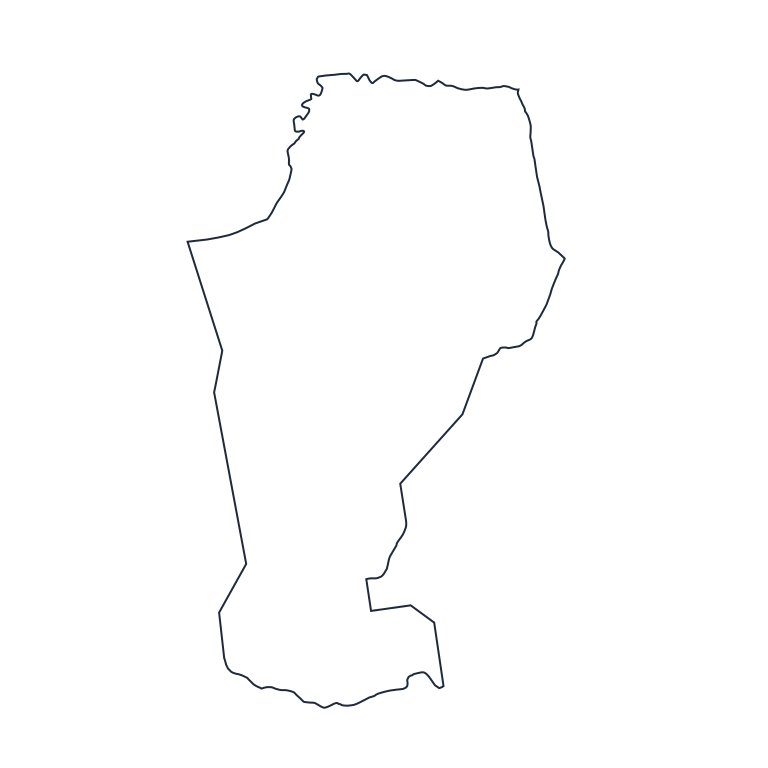 the district of San Jose, La Paz, Honduras, rotated 82°
{"feature_id": "27666195B94160628539031", "entity_name": "San Jose", "entity_type": "district", "adm_level": 2, "iso_a3": "HND", "parent_name": "Honduras", "parent_adm1": "La Paz", "projection": "albers", "projection_center": [-87.966, 14.235], "detail": "fine", "context": "isolated", "style": "outline", "palette": "slate", "viewbox_px": 768, "rotation_deg": 82, "n_neighbors": 0, "source": "geoboundaries", "source_scale": "gbopen_adm2", "svg_char_len": 6011}
<svg xmlns="http://www.w3.org/2000/svg" viewBox="0 0 768 768"><g transform="rotate(82 384 384)"><path d="M91.2,288.2L92.3,289.9L93.5,291.9L94.3,293.5L95.3,295.8L95.4,296.6L95.2,298.3L94.7,300.1L94.3,301.0L93.8,301.6L92.5,302.8L91.8,303.7L89.0,307.8L87.3,310.5L87.2,310.9L86.8,314.9L85.9,326.3L85.7,327.8L85.3,329.3L84.8,330.6L84.2,331.7L82.3,334.0L80.6,336.7L79.6,338.6L79.0,340.2L78.9,341.1L78.9,342.1L79.0,342.8L79.2,343.7L80.5,346.4L82.5,350.2L83.1,351.2L84.2,352.7L84.4,353.3L84.4,353.6L84.2,354.0L83.7,354.6L82.6,355.3L81.5,355.9L80.3,356.4L77.6,357.2L75.6,358.0L74.8,360.9L74.8,361.2L75.8,362.7L77.9,365.1L80.1,367.2L80.3,367.7L80.4,368.2L80.3,368.6L80.0,369.0L75.8,371.8L72.8,374.0L72.0,374.9L71.7,375.5L71.6,376.2L71.7,377.6L71.0,383.4L70.9,389.7L70.4,398.8L70.4,404.7L70.4,405.9L70.5,406.4L70.9,406.9L71.7,407.4L72.7,408.2L74.2,408.2L75.7,408.0L76.8,407.7L77.4,407.4L78.1,406.8L79.2,405.6L80.2,404.8L81.4,404.0L82.3,403.7L82.7,403.8L83.3,404.0L85.2,404.8L86.9,405.7L88.4,406.7L88.8,407.1L89.1,407.6L89.3,408.2L89.3,408.8L89.1,409.5L87.5,412.4L86.8,414.1L86.6,415.0L86.7,415.6L86.8,415.8L87.1,416.1L87.6,416.2L89.3,416.3L91.2,416.3L91.4,416.3L91.7,416.4L92.4,418.2L93.0,421.3L93.7,423.0L94.3,424.3L94.9,425.3L95.6,426.0L96.1,426.3L96.6,426.4L97.1,426.3L97.6,426.0L98.0,425.6L98.9,424.1L99.7,422.1L100.2,421.1L100.6,420.4L100.9,420.1L101.2,419.9L101.7,419.8L102.2,419.9L103.6,420.2L104.9,421.1L107.2,423.2L110.1,426.0L110.5,426.6L110.8,427.3L110.8,427.6L110.6,427.9L108.4,429.1L107.5,429.7L107.2,430.1L107.1,430.8L107.0,431.5L107.2,432.3L107.4,433.3L107.8,434.3L108.2,435.0L108.7,435.7L109.1,436.2L109.7,436.6L110.6,436.8L111.6,436.9L114.4,436.8L120.1,437.0L120.9,436.9L121.1,436.8L121.5,436.4L121.8,435.8L122.0,434.9L122.2,434.0L122.2,432.8L121.8,430.7L121.9,429.2L122.1,428.6L122.4,428.2L122.8,428.0L123.3,428.1L123.9,428.5L126.5,431.9L127.3,432.9L127.9,433.5L129.0,434.1L129.5,434.5L130.5,436.3L131.1,437.2L132.1,438.2L133.3,439.3L134.4,441.5L135.5,443.3L137.6,445.8L138.7,446.7L139.4,447.0L139.9,447.1L141.8,447.1L145.6,446.8L147.8,446.8L149.1,446.9L151.7,447.4L153.1,447.5L153.5,447.5L154.0,447.3L154.9,446.6L155.7,446.2L157.3,445.8L158.2,445.6L160.8,446.4L167.8,449.1L169.2,449.8L173.9,452.7L178.5,455.3L180.1,456.2L184.3,459.8L188.5,463.8L190.1,465.2L191.6,466.3L195.7,469.1L198.7,471.3L201.6,473.8L204.6,476.6L207.1,489.3L210.5,499.0L213.3,508.4L215.0,516.8L215.9,528.3L216.3,539.3L215.9,554.1L215.8,558.7L328.5,539.5L363.1,551.4L368.6,553.4L543.0,545.5L587.4,579.1L633.3,580.4L635.0,580.0L640.0,579.4L644.0,578.1L647.6,575.5L649.1,573.5L650.5,570.4L651.2,568.3L652.9,564.9L656.0,560.3L657.7,559.2L660.6,557.0L663.1,555.1L665.0,553.0L666.3,551.1L667.6,548.9L668.6,547.6L668.1,545.0L667.9,542.6L668.0,541.1L668.6,537.6L669.0,536.7L670.6,534.0L672.3,530.0L672.9,527.9L673.3,525.1L673.6,523.5L674.5,520.8L675.6,518.3L676.6,516.4L677.1,515.8L679.8,513.9L683.4,510.9L686.2,508.8L687.5,507.7L687.9,506.7L688.4,504.9L689.2,501.6L689.7,498.6L690.1,497.3L690.6,496.4L691.2,495.6L693.9,492.2L695.6,489.9L696.0,489.0L696.2,488.2L696.3,487.4L696.0,485.4L695.2,482.4L693.7,478.2L693.4,476.7L693.3,475.5L693.4,474.9L693.6,474.4L694.4,473.5L694.6,473.2L694.9,472.0L695.8,470.9L696.2,470.3L696.8,468.4L697.2,466.5L697.5,464.5L697.6,461.8L697.6,458.9L697.2,456.6L696.5,454.0L694.1,447.0L692.5,442.5L692.3,441.7L692.0,439.4L691.6,437.3L691.3,436.4L690.7,435.4L690.4,434.7L689.9,433.0L689.5,431.1L688.8,425.8L688.4,420.6L688.4,414.7L688.6,409.3L688.6,407.7L688.1,405.7L687.7,404.8L687.2,403.9L686.6,403.3L686.2,403.0L685.4,402.7L684.0,402.4L682.8,402.2L681.2,402.3L680.0,402.0L679.3,401.6L678.5,401.1L677.9,400.7L677.3,399.9L676.7,398.7L676.5,398.1L676.4,396.7L675.7,395.5L675.4,394.6L675.0,390.8L674.8,388.1L674.8,386.3L675.1,384.9L675.7,383.8L676.8,382.6L677.6,381.9L680.3,380.1L689.1,375.6L689.9,375.0L690.4,374.4L692.8,371.7L692.8,371.2L692.4,369.4L692.0,368.2L691.4,367.1L627.3,367.5L606.9,388.4L606.9,428.4L574.8,428.7L574.6,426.4L574.6,424.5L574.8,422.4L575.3,419.5L575.3,418.4L575.2,417.3L574.8,415.5L574.3,413.6L573.6,412.4L572.4,411.0L569.8,408.8L567.9,407.3L567.2,406.8L564.1,405.6L558.3,403.5L556.7,402.7L555.8,402.2L553.8,400.7L545.8,394.3L545.2,394.0L544.0,393.7L542.7,392.8L540.8,391.1L537.9,388.2L535.7,386.3L533.5,384.8L529.6,382.6L528.2,382.0L526.6,381.6L524.6,381.3L522.5,381.2L485.0,381.8L424.9,310.5L372.6,282.4L371.1,275.0L371.0,274.1L370.9,272.1L370.5,270.7L369.6,268.7L368.9,267.4L364.9,264.1L364.7,263.8L364.5,263.4L364.4,261.8L364.6,259.7L364.8,258.4L365.6,256.4L365.8,255.7L365.4,245.0L365.0,243.8L364.5,242.5L364.0,241.7L362.6,239.6L361.4,237.1L360.9,235.6L360.5,233.9L360.2,232.9L359.6,232.0L359.0,231.2L357.6,230.3L356.0,229.4L348.8,226.4L345.8,224.8L344.7,224.5L344.1,224.6L343.5,224.4L343.0,224.0L340.8,221.7L339.2,220.3L333.5,216.0L328.1,212.1L318.4,206.9L313.2,204.6L309.4,202.5L304.2,199.5L302.4,198.4L299.4,196.4L298.4,196.0L296.0,195.1L293.8,193.8L291.4,192.3L287.8,189.4L285.1,187.6L284.9,187.6L283.5,188.6L278.0,193.1L275.7,195.7L274.2,197.5L273.3,198.2L272.3,198.8L270.7,199.4L269.4,199.8L267.7,200.1L264.6,200.4L261.5,200.5L259.2,200.5L256.7,200.2L255.6,200.2L250.9,200.9L243.5,201.3L229.9,201.3L215.3,202.3L210.5,202.5L204.9,203.1L200.3,203.6L189.8,203.7L182.9,203.7L181.3,203.8L179.6,204.2L179.0,204.3L164.7,204.4L163.3,204.5L160.7,204.8L159.1,204.7L156.2,204.0L150.2,202.9L149.1,202.8L147.5,202.8L142.6,203.4L138.6,204.1L136.6,204.9L135.0,205.6L133.6,206.4L131.5,206.3L130.3,206.5L129.2,206.8L126.5,207.9L123.3,208.7L119.6,210.0L116.0,210.9L115.1,211.0L114.0,210.9L112.6,210.5L111.1,209.9L111.1,210.6L111.0,211.4L110.5,213.1L109.0,216.2L108.4,217.2L107.4,218.6L107.1,219.2L106.1,222.0L105.6,223.8L105.6,224.9L106.0,226.6L106.1,228.0L106.0,229.3L105.7,231.5L105.8,236.0L105.8,239.9L105.6,241.5L104.8,243.8L104.4,245.3L104.0,249.2L103.9,253.2L104.2,259.5L104.1,261.8L103.8,263.4L102.9,266.2L101.5,269.5L100.7,270.9L99.2,273.2L98.3,275.1L98.0,276.0L97.4,279.8L97.1,281.1L96.0,282.5L94.1,284.3L92.1,287.0L91.2,288.2Z" fill="none" stroke="#1e293b" stroke-width="2"/></g></svg>